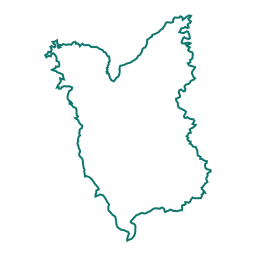 General Carneiro, Paraná, Brazil (Albers equal-area conic projection)
{"feature_id": "56859067B36674538841935", "entity_name": "General Carneiro", "entity_type": "district", "adm_level": 2, "iso_a3": "BRA", "parent_name": "Brazil", "parent_adm1": "Paraná", "projection": "albers", "projection_center": [-51.392, -26.479], "detail": "fine", "context": "isolated", "style": "outline", "palette": "teal", "viewbox_px": 256, "rotation_deg": 0, "n_neighbors": 0, "source": "geoboundaries", "source_scale": "gbopen_adm2", "svg_char_len": 5539}
<svg xmlns="http://www.w3.org/2000/svg" viewBox="0 0 256 256"><path d="M57.0,40.3L55.0,41.5L52.6,41.9L53.7,43.8L55.2,44.6L55.4,46.6L54.4,47.3L51.5,46.0L50.4,46.9L51.8,49.4L51.2,50.8L50.8,52.5L49.3,51.7L48.1,52.1L47.8,53.5L45.2,55.1L46.3,57.3L47.3,56.5L48.8,55.9L50.9,56.3L51.5,54.1L53.4,53.3L54.8,54.6L55.8,56.1L56.5,57.4L56.5,58.9L56.6,61.1L58.5,61.7L59.2,62.9L59.3,64.7L59.0,66.5L57.7,66.8L56.0,66.4L55.7,67.9L52.1,69.8L54.0,70.6L56.1,71.1L57.0,72.0L59.0,72.9L60.3,73.3L62.7,74.6L63.2,76.0L63.3,78.1L64.0,79.4L62.0,79.1L60.2,78.4L60.5,79.8L60.9,81.2L60.0,82.7L58.1,85.0L56.9,87.6L58.7,87.2L59.0,88.7L60.9,88.6L62.0,87.1L63.8,86.2L65.3,86.2L66.8,86.6L68.6,86.1L70.6,86.8L72.2,87.5L71.6,89.7L69.1,91.1L68.4,93.3L67.8,95.3L67.5,97.2L67.8,99.2L69.3,100.7L69.6,103.2L70.8,101.8L72.1,103.4L71.0,104.4L72.1,105.5L72.9,106.7L74.8,107.5L76.2,108.4L76.6,110.6L76.4,113.0L76.7,114.8L78.0,116.5L76.8,117.7L75.3,118.1L76.8,119.2L78.2,120.2L79.1,122.6L80.8,124.5L82.4,125.7L81.9,128.0L80.4,128.9L79.5,130.1L79.6,131.9L79.1,133.4L80.1,135.5L78.9,136.4L78.3,138.1L77.9,139.7L78.3,141.2L77.5,142.5L77.6,144.0L78.5,146.3L78.7,147.8L80.1,150.8L79.8,152.4L79.1,154.0L79.5,155.9L81.6,158.1L82.5,159.3L82.9,161.3L83.0,163.9L83.3,165.3L83.7,167.9L84.5,169.6L84.2,171.3L85.0,176.4L86.3,176.1L88.1,176.7L90.3,177.8L92.0,179.5L93.5,181.7L94.5,183.3L95.7,184.8L97.1,186.4L98.3,188.1L98.8,189.4L96.4,190.5L96.3,192.8L95.5,194.7L95.5,196.5L98.1,195.4L100.3,194.5L103.2,195.4L105.0,198.0L105.9,199.4L107.0,201.5L109.1,204.5L108.3,206.9L108.4,210.2L110.7,212.6L112.4,214.7L115.2,216.6L116.0,220.1L116.5,224.7L117.5,227.1L118.8,228.3L121.6,229.9L124.3,230.2L125.8,231.1L128.2,232.0L129.0,233.5L128.1,235.9L127.2,238.8L127.3,240.6L128.4,240.0L131.6,238.8L133.5,236.8L134.5,235.0L134.9,233.7L135.3,231.7L135.3,230.3L135.3,228.7L135.5,226.8L135.2,225.3L134.2,224.0L133.0,223.5L131.7,223.1L130.6,222.0L131.7,220.2L133.1,218.9L134.1,217.5L135.1,216.7L136.1,215.4L137.9,214.7L139.5,214.0L140.9,213.2L142.4,212.9L144.0,213.5L145.7,213.3L147.0,212.8L148.0,211.9L150.4,211.2L151.9,209.8L153.7,208.7L155.2,208.3L156.7,208.4L158.5,208.5L159.8,208.8L161.1,207.8L162.6,207.6L164.0,208.9L164.5,210.8L165.2,212.1L166.6,211.3L168.5,210.7L170.0,209.7L171.5,209.9L173.2,211.0L175.0,211.0L177.4,211.2L179.2,210.5L180.6,210.2L182.0,210.2L182.2,208.9L182.1,207.4L181.9,206.1L182.9,205.0L184.4,205.0L185.5,204.2L185.3,202.1L187.2,202.3L188.7,202.8L190.2,201.5L190.8,199.9L191.8,198.6L192.6,197.5L194.7,198.3L197.1,198.2L199.2,198.2L201.0,198.1L201.9,196.0L201.7,194.5L203.0,193.9L203.3,192.4L205.0,192.7L204.3,191.5L203.1,190.2L202.0,189.2L201.5,187.8L202.5,187.1L203.4,186.2L204.1,185.1L205.0,183.7L206.2,182.9L207.5,181.9L206.6,180.2L206.2,178.3L206.9,177.0L207.7,175.5L207.3,173.7L209.5,172.0L210.8,171.4L210.5,170.0L208.8,169.6L206.9,169.2L205.8,168.3L205.2,167.0L205.0,165.4L205.3,163.8L206.6,162.9L206.9,161.2L205.3,160.9L203.8,160.3L202.2,159.1L200.2,158.8L200.6,156.9L199.2,156.1L197.8,155.6L197.5,153.8L197.5,152.0L197.2,150.3L196.3,148.6L195.8,147.1L194.3,146.8L193.0,146.6L192.1,145.3L190.9,143.9L189.7,143.6L190.7,141.9L189.7,141.1L188.2,140.7L187.4,139.2L188.3,137.7L186.6,136.4L187.8,134.8L188.8,133.1L190.8,132.7L190.3,131.0L189.7,129.4L190.8,128.6L192.0,128.1L193.2,127.4L194.6,126.3L195.7,124.9L194.1,124.5L192.5,123.8L193.4,122.6L194.4,120.8L193.2,119.2L191.2,119.1L188.9,118.4L187.3,117.1L186.0,117.9L184.6,117.8L183.9,116.1L184.7,114.7L185.6,113.3L185.9,111.6L184.7,110.6L183.1,109.8L181.6,108.8L179.9,108.3L178.4,107.2L177.9,105.4L177.9,103.3L177.2,101.9L176.3,100.7L176.0,98.8L177.9,98.0L179.9,97.0L179.9,95.1L179.1,93.3L178.8,91.4L179.6,90.1L181.0,89.5L182.3,90.4L183.7,91.5L184.9,91.0L185.4,89.0L184.4,86.6L185.6,84.8L187.3,84.2L188.7,83.9L190.1,82.4L190.7,81.0L192.1,80.3L193.9,79.6L195.1,78.2L193.5,77.1L192.7,75.1L191.9,73.3L192.1,71.8L193.3,70.1L194.5,68.5L195.1,67.2L193.0,66.4L190.6,65.9L188.9,65.2L187.8,63.3L189.1,63.0L190.4,62.4L190.1,59.9L191.3,59.3L192.4,58.5L192.8,53.5L192.0,52.2L188.8,51.1L188.0,49.9L189.8,47.4L187.4,46.5L186.3,45.1L188.8,44.6L190.5,43.3L189.0,42.7L187.3,42.7L184.1,43.5L182.3,43.4L181.5,42.2L183.2,38.0L184.3,37.2L185.4,38.1L188.4,39.0L189.8,38.5L189.4,35.1L188.5,33.2L188.2,31.8L186.9,31.3L183.9,33.0L181.4,32.8L179.3,32.2L180.5,30.3L181.2,28.4L183.7,28.0L185.2,26.9L187.3,28.1L188.7,27.6L188.1,26.1L187.6,24.6L188.7,23.5L189.9,23.2L191.0,21.4L188.9,20.1L188.3,18.5L189.7,17.9L191.0,15.9L189.1,15.4L186.5,16.8L184.0,18.9L182.7,19.8L182.4,17.4L180.4,16.3L179.3,17.6L177.6,17.7L174.6,17.5L173.2,19.5L173.1,21.9L171.2,22.7L169.5,22.5L166.9,22.2L165.7,23.2L164.7,25.8L163.3,27.3L162.7,28.8L161.1,29.5L158.4,32.3L156.4,33.3L153.9,34.4L152.3,34.9L151.9,36.7L150.6,37.2L149.1,38.5L147.1,39.9L147.1,43.0L146.4,44.9L145.3,47.4L143.9,47.8L142.3,49.4L141.8,51.8L140.3,54.5L137.9,56.2L137.1,58.0L135.6,59.3L130.1,62.7L126.9,63.5L125.2,64.4L124.0,65.0L121.5,65.5L120.2,65.8L119.5,68.3L119.7,71.9L119.1,75.2L118.0,76.9L116.6,77.6L114.8,80.1L113.8,81.3L111.1,80.0L109.8,77.5L108.8,73.8L107.2,73.3L107.8,72.1L106.5,71.7L107.6,69.3L106.8,68.1L107.8,67.1L107.7,65.7L108.8,64.3L108.6,62.5L109.7,61.5L109.4,58.6L109.0,56.4L107.7,56.1L106.5,54.2L105.6,52.4L103.9,52.0L102.5,50.0L99.7,49.0L97.6,47.4L95.9,46.9L94.3,47.2L92.7,46.7L91.2,47.1L89.7,45.5L88.0,45.0L86.0,45.2L84.3,45.2L82.5,43.6L81.1,44.9L79.9,46.3L79.0,44.4L77.3,43.3L76.1,43.9L75.3,41.8L73.3,42.3L71.1,44.8L68.6,44.3L66.9,44.9L64.6,44.5L63.2,44.1L62.1,45.1L59.9,45.0L59.2,46.4L60.3,47.2L58.4,47.9L57.9,46.6L58.1,44.5L57.2,43.1L57.0,40.3Z" fill="none" stroke="#0f766e" stroke-width="2"/></svg>